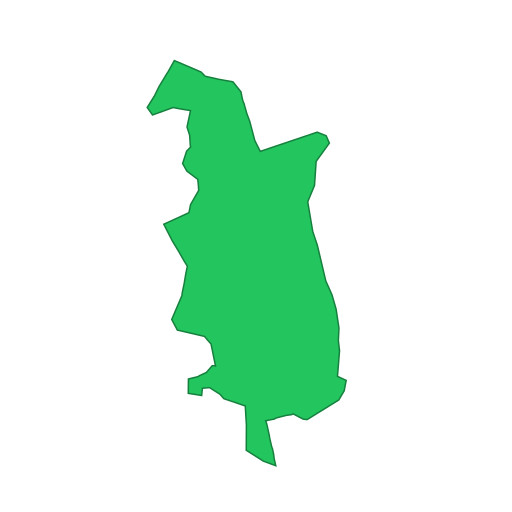 outline of Ahoada East, Rivers, Nigeria, rotated 167°
{"feature_id": "59680162B72068294191364", "entity_name": "Ahoada East", "entity_type": "district", "adm_level": 2, "iso_a3": "NGA", "parent_name": "Nigeria", "parent_adm1": "Rivers", "projection": "robinson", "projection_center": [6.655, 5.061], "detail": "fine", "context": "isolated", "style": "filled", "palette": "green", "viewbox_px": 512, "rotation_deg": 167, "n_neighbors": 0, "source": "geoboundaries", "source_scale": "gbopen_adm2", "svg_char_len": 1373}
<svg xmlns="http://www.w3.org/2000/svg" viewBox="0 0 512 512"><g transform="rotate(167 256 256)"><path d="M291.6,464.8L300.2,455.3L302.0,453.6L308.2,447.2L312.3,443.0L318.8,435.0L328.6,425.2L325.1,416.7L303.4,419.3L296.8,416.4L287.1,412.4L294.2,397.2L293.5,388.6L295.2,378.1L295.1,377.0L300.0,373.8L306.7,362.6L304.3,354.3L295.5,343.8L296.3,337.6L297.1,332.8L308.2,320.8L311.6,313.3L338.7,307.7L334.1,289.3L330.2,277.5L327.1,267.1L325.2,261.5L328.4,254.5L332.2,245.3L336.4,236.2L337.0,234.2L352.4,213.1L349.3,201.5L324.2,189.2L322.2,185.1L319.6,180.4L320.2,158.0L323.3,159.0L330.5,153.7L338.2,152.1L339.6,151.5L349.5,151.4L352.9,137.4L340.3,132.3L338.0,139.2L330.9,138.2L322.3,129.5L319.4,124.2L300.2,112.3L303.4,93.4L309.2,68.9L294.9,54.4L283.9,47.2L283.9,54.2L283.4,59.1L283.3,64.8L283.6,66.1L283.6,76.4L283.4,77.6L283.3,88.6L283.4,91.9L283.7,93.3L274.8,93.0L273.1,93.6L270.8,93.7L262.0,93.9L257.2,93.4L255.3,93.8L246.7,86.4L243.0,85.1L207.7,97.1L200.4,104.8L196.1,114.5L203.7,120.4L195.9,144.9L194.8,155.0L191.4,167.0L189.9,186.2L190.7,201.2L193.6,215.9L193.8,252.5L195.2,267.0L193.4,297.2L183.1,311.6L176.1,334.7L159.1,349.5L160.6,357.4L168.5,362.9L228.3,357.0L231.2,368.8L231.8,388.6L232.9,396.9L233.4,407.4L233.9,410.1L233.9,414.1L233.7,419.3L239.3,430.9L252.6,436.6L265.1,442.6L268.1,447.6L291.6,464.8Z" fill="#22c55e" stroke="#15803d" stroke-width="1.5"/></g></svg>